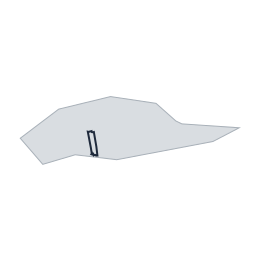 Ngchesar, Ngchesar, Palau (highlighted), rotated 71°
{"feature_id": "81905179B12873332240665", "entity_name": "Ngchesar", "entity_type": "district", "adm_level": 2, "iso_a3": "PLW", "parent_name": "Palau", "parent_adm1": "Ngchesar", "projection": "robinson", "projection_center": [134.605, 7.473], "detail": "fine", "context": "in_parent", "style": "outline", "palette": "slate", "viewbox_px": 256, "rotation_deg": 71, "n_neighbors": 0, "source": "geoboundaries", "source_scale": "gbopen_adm2", "svg_char_len": 1060}
<svg xmlns="http://www.w3.org/2000/svg" viewBox="0 0 256 256"><g transform="rotate(71 128 128)"><path d="M134.6,220.4L102.6,233.2L87.6,187.4L92.6,134.3L113.8,93.5L136.9,80.5L141.6,75.8L164.0,22.8L168.4,52.0L154.3,149.0L136.1,186.7L134.6,220.4Z" fill="#d9dde1" stroke="#a8b0b8" stroke-width="1"/><path d="M119.1,163.7L119.0,164.2L118.9,165.3L118.9,166.4L118.7,166.7L118.4,167.2L134.9,169.6L140.0,170.5L140.0,170.4L140.2,170.5L140.3,170.6L140.3,170.4L140.5,170.3L140.5,170.5L140.8,170.6L141.0,170.6L141.3,170.6L141.4,170.4L141.5,170.2L141.6,169.9L141.8,169.8L141.9,169.7L141.9,169.4L142.0,169.4L141.9,169.3L142.0,169.3L142.0,169.2L142.3,169.1L142.4,168.9L142.5,168.9L143.0,167.8L143.2,167.7L143.2,167.4L143.3,167.3L143.2,167.2L143.3,167.1L143.4,166.9L143.5,166.9L143.6,166.7L143.7,166.4L143.7,166.2L143.8,166.2L143.8,166.3L143.9,166.2L144.0,166.2L144.1,165.9L135.4,164.0L120.7,161.6L120.7,162.2L120.6,162.4L120.3,163.3L120.2,163.4L120.0,163.6L119.8,163.7L119.6,163.7L119.4,163.7L119.1,163.6L119.1,163.7Z" fill="none" stroke="#1e293b" stroke-width="2"/></g></svg>